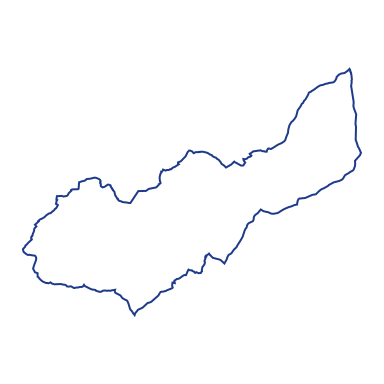 the district of Meresti, Harghita, Romania
{"feature_id": "2599482B24897883933358", "entity_name": "Meresti", "entity_type": "district", "adm_level": 2, "iso_a3": "ROU", "parent_name": "Romania", "parent_adm1": "Harghita", "projection": "albers", "projection_center": [25.555, 46.251], "detail": "fine", "context": "isolated", "style": "outline", "palette": "blue", "viewbox_px": 384, "rotation_deg": 0, "n_neighbors": 0, "source": "geoboundaries", "source_scale": "gbopen_adm2", "svg_char_len": 5955}
<svg xmlns="http://www.w3.org/2000/svg" viewBox="0 0 384 384"><path d="M134.6,315.1L135.2,313.2L137.2,310.9L137.9,309.8L141.7,308.1L142.9,307.4L147.6,303.0L150.3,302.3L151.4,301.7L158.4,295.5L159.8,293.0L160.7,291.9L163.0,291.6L165.7,291.0L167.4,290.1L172.0,288.3L172.7,287.6L172.1,285.8L172.5,282.6L174.8,283.1L174.7,282.2L174.2,281.2L174.3,280.8L174.6,280.5L175.9,279.7L176.8,279.0L178.4,278.8L179.5,278.3L183.5,275.4L184.8,275.0L185.9,275.2L186.1,275.0L187.5,271.5L188.5,269.6L189.6,270.2L192.0,270.4L192.4,271.0L194.3,271.8L194.7,272.5L195.2,272.9L196.4,272.2L198.6,273.2L200.8,273.0L201.2,272.1L202.0,271.4L201.8,270.2L202.0,269.1L202.5,266.8L203.2,266.2L203.6,265.4L204.4,264.5L204.9,262.8L204.9,262.0L204.6,261.8L204.5,261.0L204.9,259.6L205.4,258.8L205.5,257.8L205.2,257.6L205.3,256.9L206.3,256.7L206.4,256.4L206.0,255.9L205.9,255.7L208.3,254.3L209.0,253.6L209.7,254.6L212.8,257.8L220.0,259.7L220.7,260.1L224.4,263.5L226.7,259.4L227.5,256.9L228.3,255.4L229.1,254.6L230.7,253.8L231.6,253.0L234.1,249.4L236.5,247.2L237.5,245.2L240.4,240.7L242.6,236.9L244.7,230.4L245.3,229.1L246.6,227.5L247.1,225.3L247.7,224.2L249.0,223.0L252.3,221.5L253.0,221.0L253.6,219.6L253.9,217.1L254.3,216.1L255.3,214.9L257.8,213.1L260.8,209.5L263.5,211.2L268.4,212.3L271.2,213.6L273.3,213.8L277.4,213.1L279.0,212.3L280.4,211.3L284.1,209.1L289.0,207.0L291.1,206.5L294.3,205.1L297.1,204.5L297.2,203.0L297.8,200.5L298.5,199.2L299.2,198.6L305.2,198.0L312.5,194.8L315.8,194.3L319.0,191.2L320.5,189.9L321.8,189.1L324.0,188.2L327.3,186.3L328.3,185.7L328.8,185.0L333.9,182.3L339.1,181.0L341.5,179.9L343.0,178.7L344.4,176.2L345.3,175.0L348.7,173.1L350.1,172.0L352.4,170.8L353.3,170.1L354.0,168.8L355.0,165.9L355.2,163.4L355.0,160.8L360.0,155.2L360.6,153.5L361.0,152.9L359.1,148.5L357.9,146.5L356.6,142.2L355.7,140.0L356.0,126.5L355.5,124.3L355.6,122.1L356.2,114.4L353.9,108.2L353.4,106.0L353.7,102.2L351.4,87.5L351.3,87.0L351.1,86.7L351.5,83.2L351.7,82.2L351.5,80.7L351.9,79.7L351.6,77.4L351.7,77.1L351.1,73.1L350.9,73.2L350.7,72.3L350.2,71.6L350.4,71.2L350.1,69.9L349.5,68.9L347.8,70.7L344.6,73.0L341.0,73.6L338.5,74.9L338.3,75.4L338.0,75.6L336.6,77.0L336.4,78.4L335.9,79.4L335.1,80.7L334.1,81.9L333.0,82.4L328.9,83.0L327.5,83.5L325.6,83.8L322.6,85.0L321.3,85.1L320.3,85.4L318.1,86.6L313.5,90.0L311.7,91.0L311.3,91.5L309.1,92.5L308.8,92.8L308.3,94.4L305.8,98.9L305.0,99.9L304.1,100.7L303.0,103.0L301.8,103.8L300.6,106.3L297.7,110.3L296.3,115.8L295.9,116.8L294.4,119.1L292.8,120.9L291.4,122.1L290.1,124.1L289.3,125.7L288.3,129.5L288.0,132.8L286.4,136.6L285.3,139.9L284.4,141.2L281.6,143.1L278.1,144.6L276.5,145.6L273.4,147.6L271.9,148.4L271.6,148.8L270.6,149.0L269.1,148.5L268.4,148.5L268.0,148.7L268.0,149.0L266.9,150.3L266.7,151.7L265.1,151.7L264.0,151.2L262.4,151.2L261.0,150.5L260.2,150.3L259.3,150.6L258.2,150.6L255.5,151.1L253.4,151.3L250.5,153.4L249.7,153.8L249.9,154.3L251.4,155.6L250.9,156.3L249.9,156.8L248.3,157.2L246.8,158.7L244.8,159.3L243.4,159.0L243.6,160.1L244.0,160.7L244.4,161.7L245.2,162.5L243.4,165.4L242.6,165.6L240.9,165.5L235.8,162.6L234.9,162.3L234.2,161.6L231.3,164.5L226.0,167.5L223.9,165.4L221.5,163.8L220.6,162.1L218.6,159.7L217.2,159.0L215.9,157.6L214.6,157.3L213.0,156.4L212.6,156.3L211.8,155.1L210.1,154.6L208.3,153.3L207.6,153.1L207.0,152.7L203.3,151.8L202.0,151.7L200.2,151.8L199.9,152.1L198.6,151.9L198.1,152.2L195.8,152.1L193.7,153.2L192.0,151.3L190.1,150.6L189.1,150.6L187.6,152.2L185.7,156.2L180.8,161.3L178.0,162.4L178.0,163.5L178.8,164.3L178.6,164.4L174.6,167.0L172.7,167.7L172.0,168.5L171.5,168.7L171.2,169.2L170.1,169.2L169.5,169.7L168.4,170.0L166.8,170.0L165.7,170.6L163.1,169.6L162.9,170.3L162.1,171.6L161.2,171.6L161.2,172.6L160.3,174.0L160.4,174.4L159.8,176.1L159.6,178.1L160.0,181.4L160.4,182.2L160.6,183.0L160.0,183.7L158.9,184.1L158.8,184.8L156.8,186.8L156.2,187.4L148.8,188.9L146.0,190.9L138.3,191.1L130.4,203.0L128.5,202.9L126.2,202.4L124.8,202.4L122.1,201.9L121.5,201.4L119.7,201.0L118.4,200.3L118.2,199.4L117.9,199.2L117.8,198.7L117.0,198.5L116.7,197.6L115.8,196.1L115.3,195.6L115.2,194.9L114.7,193.4L114.6,192.3L114.2,191.5L112.9,190.2L113.0,189.7L112.4,189.0L112.0,188.8L111.8,187.8L111.2,187.5L110.8,186.8L110.9,186.2L110.4,185.8L110.3,185.2L108.6,184.6L107.7,184.7L104.6,186.8L102.6,187.4L100.9,186.2L100.8,185.8L100.8,184.1L100.4,183.6L100.5,183.4L100.2,183.1L100.2,182.6L100.2,182.0L100.5,182.0L100.6,181.1L100.0,179.8L98.9,179.0L96.5,178.0L94.8,177.6L89.7,178.8L86.8,179.0L84.9,180.6L81.7,181.4L79.1,182.3L78.6,188.7L78.1,189.2L72.1,189.4L71.0,190.1L71.3,190.8L69.0,192.9L68.4,193.8L67.8,195.1L67.2,195.7L66.3,196.0L63.5,196.5L61.6,195.9L56.9,196.2L56.4,199.6L57.2,200.0L56.6,200.9L56.0,203.9L56.9,204.3L57.9,205.1L56.5,207.6L56.1,208.2L55.0,208.9L54.6,209.6L53.4,210.9L52.3,211.5L50.7,213.1L48.9,213.5L46.4,215.2L44.4,217.2L41.5,218.9L40.7,219.1L39.9,219.5L38.3,221.0L38.7,221.4L35.0,224.7L35.6,225.3L36.4,226.5L35.1,227.7L34.4,228.6L34.2,229.3L34.1,230.6L33.8,231.7L33.5,232.3L32.8,233.9L32.7,234.6L32.3,236.0L31.9,236.0L31.2,237.3L31.1,237.9L31.5,238.4L31.3,239.2L31.7,239.3L31.8,239.5L28.4,242.6L26.5,244.8L25.4,245.5L25.2,246.7L23.0,249.0L23.2,250.5L23.6,251.9L26.4,254.2L28.1,255.0L29.7,254.8L32.5,255.4L34.3,255.5L35.0,255.8L35.7,256.5L36.2,257.8L36.1,259.9L33.9,265.8L33.1,268.7L35.0,272.3L37.6,273.2L37.6,276.7L38.5,277.1L38.8,277.9L41.0,280.2L43.0,281.7L46.1,283.0L47.5,283.0L48.2,283.3L49.7,282.8L50.5,282.4L52.1,283.6L54.3,284.3L61.0,284.0L62.3,284.5L64.6,284.7L65.8,285.1L67.0,286.4L68.9,286.6L70.9,286.3L72.8,287.3L73.6,287.9L74.4,288.0L76.5,287.5L77.9,287.5L79.9,287.0L81.9,286.9L82.6,286.7L83.1,286.2L84.0,284.8L84.9,286.1L90.7,289.0L92.2,289.5L95.1,289.9L95.6,290.1L95.9,290.7L98.6,291.6L100.0,291.8L100.8,291.9L102.9,290.7L104.2,290.5L106.0,290.6L106.8,290.8L109.4,290.6L110.4,290.8L111.9,290.3L115.0,289.8L114.7,290.6L115.0,292.1L115.5,292.9L120.4,295.4L122.3,298.0L123.8,299.0L127.2,300.7L128.5,303.7L130.1,309.1L132.2,311.6L132.9,312.9L134.6,315.1Z" fill="none" stroke="#1e3a8a" stroke-width="2"/></svg>